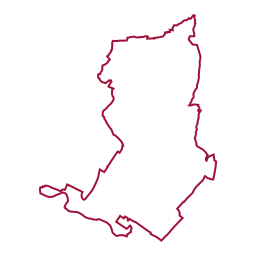 the district of Topoloveni, Arges, Romania
{"feature_id": "2599482B28949166666369", "entity_name": "Topoloveni", "entity_type": "district", "adm_level": 2, "iso_a3": "ROU", "parent_name": "Romania", "parent_adm1": "Arges", "projection": "mercator", "projection_center": [25.078, 44.823], "detail": "fine", "context": "isolated", "style": "outline", "palette": "rose", "viewbox_px": 256, "rotation_deg": 0, "n_neighbors": 0, "source": "geoboundaries", "source_scale": "gbopen_adm2", "svg_char_len": 5779}
<svg xmlns="http://www.w3.org/2000/svg" viewBox="0 0 256 256"><path d="M161.4,240.6L165.6,236.2L168.3,233.6L174.2,226.7L180.5,220.1L181.9,218.8L182.6,218.1L182.0,217.5L179.6,215.6L179.6,215.4L179.6,213.8L179.7,212.8L179.0,211.1L178.4,210.1L177.1,208.7L183.6,201.7L184.2,201.8L186.5,198.9L189.8,195.6L192.6,192.9L193.9,190.1L195.6,187.6L196.4,186.6L202.4,180.7L202.9,179.9L203.5,179.2L204.4,177.0L205.0,176.1L206.3,177.0L207.5,178.1L208.7,178.3L210.5,179.2L213.3,179.5L214.7,172.2L215.6,166.9L216.1,161.4L214.6,160.6L214.3,160.1L214.3,159.2L213.5,154.6L210.4,156.0L209.5,156.2L207.9,157.6L207.3,158.5L206.6,160.7L206.1,160.4L205.9,159.8L205.9,158.8L206.4,157.4L207.6,154.7L206.8,154.0L205.7,152.4L203.9,150.4L202.6,149.4L197.0,146.1L196.5,145.2L196.3,144.2L196.4,143.1L196.0,142.3L194.8,137.9L195.6,135.9L195.8,134.7L195.9,133.2L195.8,132.1L196.6,130.5L196.9,129.2L196.3,127.5L196.3,127.0L196.9,124.7L197.6,123.6L197.6,122.5L197.7,121.5L198.4,118.6L198.7,117.7L198.6,116.4L198.6,115.2L198.8,113.9L199.2,112.6L200.0,111.9L200.8,110.5L200.0,110.3L198.3,110.8L198.2,110.1L199.2,109.7L199.4,108.4L199.3,107.4L199.0,107.1L198.5,106.8L198.2,106.1L198.1,105.7L198.3,104.9L196.9,104.9L196.0,104.6L193.9,104.4L192.6,104.8L191.7,105.3L189.2,105.4L190.7,102.8L191.1,102.2L191.4,101.3L191.8,100.4L191.8,99.9L192.2,99.1L193.0,98.2L193.4,97.5L193.7,96.6L193.6,95.7L193.4,95.1L193.4,94.8L193.6,94.3L193.5,93.6L193.6,93.1L194.5,91.6L195.1,90.3L195.6,89.3L196.5,88.4L196.8,87.8L197.0,87.2L196.9,85.6L197.0,85.2L197.4,83.8L198.2,81.4L199.0,76.8L198.7,75.3L198.7,74.6L199.0,73.7L198.9,73.1L199.1,71.8L199.2,69.5L199.4,68.6L199.8,65.4L199.8,63.9L199.6,61.4L200.0,60.5L200.2,59.4L200.3,57.8L200.5,56.8L200.1,55.3L199.9,54.2L199.1,52.3L198.6,49.9L198.0,48.3L197.5,46.2L197.1,45.1L195.9,44.8L192.5,44.5L192.2,43.8L190.8,42.5L190.6,41.8L189.8,41.0L189.3,40.2L188.8,39.7L188.9,38.1L189.3,37.8L189.8,36.2L193.2,36.3L194.0,36.3L194.3,36.2L194.0,35.7L194.2,34.8L194.1,33.0L193.7,31.9L193.6,31.2L193.3,30.0L193.5,28.4L194.6,25.7L195.4,23.3L195.0,23.2L194.7,22.3L195.1,20.6L195.0,19.6L194.4,18.5L194.5,17.1L194.7,15.4L193.2,15.4L192.8,15.6L192.5,16.4L192.2,16.8L191.2,17.7L191.0,18.4L190.5,18.8L190.1,18.9L189.7,18.8L189.1,18.3L188.7,18.2L188.1,19.1L186.4,20.3L185.0,20.2L184.3,20.3L182.9,21.4L181.4,22.9L179.3,23.8L177.9,24.6L177.2,25.3L174.0,25.3L173.8,25.9L172.4,28.3L172.8,30.3L169.7,29.8L169.9,32.0L167.3,32.0L167.3,32.5L165.0,32.5L165.2,33.4L164.9,34.3L164.2,34.8L163.3,36.3L161.6,36.8L160.3,37.1L154.1,38.0L154.2,38.5L152.7,38.4L147.1,38.7L147.2,37.7L147.8,36.6L146.9,36.2L146.0,36.1L145.3,36.2L144.1,36.8L143.0,37.0L139.8,37.1L139.4,37.5L138.6,37.3L136.8,37.5L134.2,36.7L133.3,36.7L131.0,37.1L130.5,37.0L129.3,37.5L127.4,37.7L127.4,38.7L126.8,40.5L122.7,40.7L119.8,40.6L117.3,41.0L112.9,40.9L112.5,41.8L112.5,42.3L112.2,42.8L112.1,43.8L112.4,44.6L112.4,45.4L112.0,46.2L112.1,49.3L112.0,49.5L111.5,49.6L111.1,50.8L111.2,51.4L110.7,52.1L110.1,53.0L109.1,54.0L109.0,54.6L108.6,54.9L107.8,56.2L107.2,56.4L108.4,57.7L109.8,59.7L109.1,60.5L107.7,61.6L107.7,62.3L106.6,63.5L104.0,65.0L102.6,65.4L102.3,66.6L102.3,68.5L102.3,69.2L102.2,70.1L100.7,72.5L100.0,74.2L99.4,74.1L98.3,74.2L98.0,76.1L98.5,78.1L99.3,78.3L99.8,79.7L100.5,80.7L101.6,81.7L102.9,82.4L103.6,82.5L104.4,82.7L105.2,83.2L106.0,82.9L106.9,82.0L108.8,80.9L109.1,80.3L109.7,80.3L110.8,80.3L111.4,81.6L111.1,81.7L110.2,83.7L109.0,85.2L108.5,86.5L110.1,87.4L110.8,87.5L113.4,88.6L112.0,90.1L112.1,90.8L112.0,92.8L112.0,94.0L112.3,95.2L112.6,96.1L113.6,97.6L113.6,99.4L113.0,100.8L112.1,101.9L111.9,102.6L111.2,103.2L110.8,103.8L107.7,106.6L106.6,108.1L104.9,109.6L104.1,110.1L103.3,111.2L102.8,112.1L102.6,115.8L104.2,117.2L104.2,117.6L104.4,118.1L104.5,119.1L105.6,120.5L106.6,122.8L108.8,126.2L110.1,128.0L110.6,128.5L111.3,129.4L112.4,131.9L112.9,133.7L113.6,134.8L114.9,135.2L116.7,136.7L118.7,138.6L119.6,139.7L120.6,140.5L121.1,141.2L122.1,142.8L122.8,144.1L123.1,145.7L122.5,145.6L122.1,147.7L122.1,148.3L121.7,149.4L121.3,149.9L119.6,152.8L117.7,151.5L115.2,155.0L112.9,158.7L111.4,160.7L110.3,162.6L109.1,164.4L107.3,166.8L107.6,167.1L104.2,172.1L99.8,169.5L99.0,173.0L98.2,177.3L96.9,180.6L94.7,185.6L92.4,189.9L91.4,191.4L85.1,199.2L83.8,199.7L82.9,199.3L81.7,197.0L81.6,194.5L81.9,193.6L82.1,192.9L82.5,192.1L80.2,190.8L76.1,188.9L74.2,187.8L67.2,184.4L67.0,184.8L66.8,185.3L65.6,188.3L64.7,189.9L63.6,189.5L62.6,189.5L62.1,189.8L61.6,190.4L60.7,191.0L60.3,191.0L59.1,190.6L58.2,190.1L53.2,188.2L51.8,187.9L51.3,187.4L50.3,186.9L48.5,186.1L46.0,185.6L45.1,185.7L44.8,186.1L44.6,186.1L44.2,186.8L43.2,186.5L43.0,186.3L42.5,186.4L42.1,186.9L42.0,187.5L40.4,187.3L39.9,189.4L40.4,193.5L41.3,193.7L45.5,195.8L48.4,196.8L51.5,196.9L54.0,196.3L55.8,195.2L60.2,193.5L61.5,192.8L62.7,192.5L63.3,192.6L65.4,193.4L66.4,194.4L67.5,197.2L67.9,199.4L68.0,200.6L67.8,201.3L67.4,202.0L66.8,202.8L65.7,204.4L64.8,206.4L64.6,207.4L64.9,207.9L66.4,208.9L67.7,210.3L70.3,211.5L71.2,211.7L72.8,211.7L76.2,212.1L77.5,212.1L79.7,213.2L82.2,214.7L83.6,215.7L84.5,216.7L86.9,217.8L88.1,218.3L89.4,218.6L91.4,218.6L93.4,219.6L95.0,219.5L97.0,219.9L97.3,219.4L98.0,219.2L99.0,219.3L100.2,219.6L106.9,222.6L109.4,224.8L110.1,225.6L110.7,226.8L111.7,229.3L112.4,232.1L113.4,233.5L115.8,235.6L117.5,236.0L118.8,235.3L122.2,235.1L124.9,235.6L126.7,236.5L127.0,235.7L127.0,235.1L127.2,234.4L127.7,234.5L129.9,232.4L130.8,232.3L131.0,231.9L131.0,231.5L130.8,230.8L131.3,229.1L131.7,228.5L130.8,226.4L130.3,225.7L129.9,225.5L128.0,227.7L127.2,228.2L126.6,228.8L116.2,221.8L120.1,215.9L123.8,218.4L125.0,216.5L127.4,217.9L127.8,219.2L127.8,220.5L128.1,220.5L128.7,220.0L128.9,219.4L129.5,218.9L130.3,219.5L134.0,221.6L135.5,222.0L147.7,230.8L149.3,231.8L150.5,232.4L150.9,233.3L150.6,234.0L157.2,237.4L161.4,240.6Z" fill="none" stroke="#9f1239" stroke-width="2"/></svg>